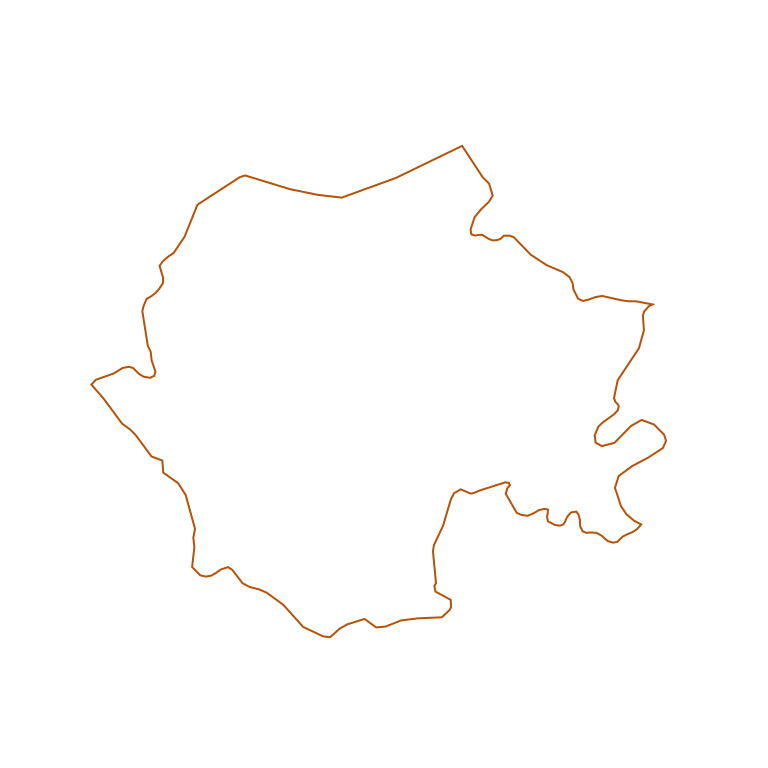 Viljandi, Albers equal-area conic projection, rotated 253°
{"feature_id": "EST-2350", "entity_name": "Viljandi", "entity_type": "County", "adm_level": 1, "iso_a3": "EST", "parent_name": "Estonia", "parent_adm1": "", "projection": "albers", "projection_center": [25.42, 58.32], "detail": "fine", "context": "isolated", "style": "outline", "palette": "amber", "viewbox_px": 768, "rotation_deg": 253, "n_neighbors": 0, "source": "natural_earth", "source_scale": "10m", "svg_char_len": 2506}
<svg xmlns="http://www.w3.org/2000/svg" viewBox="0 0 768 768"><g transform="rotate(253 384 384)"><path d="M294.1,602.0L290.5,599.8L287.9,595.4L283.2,581.7L280.5,576.5L273.3,570.5L266.1,569.2L260.9,574.2L260.4,587.3L271.6,607.8L274.3,619.9L266.3,630.4L253.5,637.1L247.2,637.1L241.3,632.1L236.5,615.7L232.9,597.1L227.4,581.5L217.1,574.5L198.3,574.9L188.9,577.6L180.1,583.2L174.5,588.9L174.3,588.7L171.3,583.6L170.2,580.4L169.5,576.6L169.1,572.2L168.4,568.2L166.9,564.9L164.8,561.1L165.3,556.7L168.3,552.1L175.4,547.7L179.5,543.8L181.6,538.1L182.6,533.9L185.0,530.9L190.4,530.0L196.3,531.5L202.1,531.9L205.8,530.5L206.5,525.4L204.5,521.9L202.9,519.8L199.1,516.7L197.3,514.3L197.1,510.8L199.2,506.3L204.8,500.6L209.4,501.1L213.0,503.0L215.9,504.0L217.6,501.6L218.1,495.3L216.6,489.2L216.0,482.8L218.5,477.4L221.9,473.3L243.5,468.3L248.3,471.5L250.4,474.9L252.9,474.5L254.5,471.1L254.2,444.7L253.6,438.8L253.8,434.9L260.8,426.6L259.1,419.1L254.4,414.4L231.0,398.9L215.4,384.7L209.7,381.9L178.3,375.5L176.1,373.1L170.5,372.5L158.0,384.7L151.0,382.8L148.7,380.7L144.0,371.1L150.0,347.8L152.9,331.4L151.6,314.6L153.5,305.4L165.0,296.7L164.9,278.5L163.0,270.1L158.4,260.2L157.7,258.0L160.6,251.8L175.4,235.6L202.2,223.2L218.8,210.7L224.1,204.5L229.2,196.1L234.8,190.5L250.4,184.7L254.5,181.3L254.3,173.6L252.5,168.2L251.2,162.8L251.9,157.4L254.7,152.4L265.1,147.0L283.5,155.0L292.7,156.7L300.7,160.9L335.7,161.9L349.4,158.1L363.8,147.0L375.7,149.6L382.6,140.5L408.0,131.5L414.9,127.8L422.8,121.9L451.7,111.7L469.0,104.0L472.3,109.6L473.1,128.7L475.8,138.9L475.0,145.1L472.8,148.6L465.6,152.5L461.5,156.0L458.3,162.0L459.0,166.6L462.6,169.0L474.6,168.7L483.1,170.3L489.6,169.3L524.4,174.2L529.3,177.2L534.7,181.8L536.0,187.2L537.9,192.2L540.8,196.9L545.1,202.1L550.1,203.8L562.6,203.9L566.2,208.7L569.0,215.1L570.7,221.0L583.2,236.4L610.0,258.0L624.0,306.6L624.0,312.2L597.7,351.2L584.4,375.7L574.6,398.0L577.6,455.7L588.9,528.3L553.0,538.8L544.8,543.1L532.4,543.0L527.6,537.7L522.5,527.6L517.0,519.4L506.5,512.0L501.6,511.2L499.3,514.6L498.9,518.1L498.0,521.5L492.4,526.3L489.6,529.8L488.5,534.5L488.8,537.9L490.7,541.9L489.3,547.1L486.5,551.0L464.8,562.1L450.1,574.3L438.6,587.9L432.1,592.6L425.3,593.9L419.2,592.8L409.0,594.5L405.2,598.5L404.9,604.5L405.3,611.7L404.4,618.4L394.6,635.6L391.7,641.9L389.3,649.4L381.6,664.0L380.9,659.9L377.5,654.2L373.6,651.5L359.4,648.3L343.6,638.2L328.6,619.9L319.3,608.6L303.2,599.8L299.2,600.1L296.6,601.5L294.1,602.0Z" fill="none" stroke="#b45309" stroke-width="2"/></g></svg>